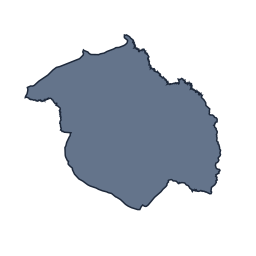 Nong Bua Daeng, Chaiyaphum, Thailand (Robinson projection), rotated 161°
{"feature_id": "78962969B31038405940383", "entity_name": "Nong Bua Daeng", "entity_type": "district", "adm_level": 2, "iso_a3": "THA", "parent_name": "Thailand", "parent_adm1": "Chaiyaphum", "projection": "robinson", "projection_center": [101.608, 16.203], "detail": "fine", "context": "isolated", "style": "filled", "palette": "slate", "viewbox_px": 256, "rotation_deg": 161, "n_neighbors": 0, "source": "geoboundaries", "source_scale": "gbopen_adm2", "svg_char_len": 5697}
<svg xmlns="http://www.w3.org/2000/svg" viewBox="0 0 256 256"><g transform="rotate(161 128 128)"><path d="M151.2,209.3L172.4,208.3L176.0,208.6L180.0,207.3L186.6,204.1L197.1,201.3L202.8,198.8L204.7,198.7L206.3,199.4L210.0,199.1L210.1,197.1L210.8,195.6L212.3,193.2L214.6,191.2L215.2,190.2L213.7,190.1L212.0,188.5L211.9,187.7L211.0,186.7L210.6,186.8L210.5,186.5L209.4,186.1L207.9,184.9L206.9,184.9L206.0,184.1L206.0,183.6L205.6,183.6L205.1,183.0L204.2,182.8L203.6,183.4L202.7,183.2L202.2,182.5L201.8,182.8L201.7,182.2L201.2,182.3L200.8,181.4L200.6,181.6L199.8,181.0L198.2,181.4L198.0,181.7L197.9,181.3L197.8,181.6L196.8,181.2L196.3,181.8L195.9,181.6L195.6,182.2L195.6,181.7L194.7,181.3L194.3,181.5L194.3,181.8L193.8,181.6L193.5,182.1L192.5,181.4L191.6,181.3L190.8,180.5L190.6,179.4L190.0,178.9L189.8,177.2L188.9,174.7L187.4,174.6L187.5,173.8L188.6,173.0L187.2,171.6L185.7,169.0L185.8,167.9L186.9,167.1L186.6,166.9L187.0,166.4L186.9,165.7L187.2,165.9L187.4,165.4L186.6,164.9L186.9,164.2L187.3,164.1L187.7,163.5L187.5,162.6L187.6,162.3L187.9,162.5L187.8,161.3L188.2,161.2L188.1,160.9L188.3,160.8L187.9,160.0L188.4,159.4L188.8,157.3L189.8,156.7L191.0,154.6L190.6,154.1L191.4,150.8L191.2,149.6L192.4,148.0L191.8,147.7L191.4,146.1L190.4,145.9L189.7,144.8L183.5,142.1L184.5,141.2L185.1,139.7L186.6,138.5L190.7,134.3L192.5,131.4L194.0,130.0L196.2,122.7L196.4,121.1L195.9,116.7L195.1,115.9L196.1,114.2L196.3,113.1L195.1,110.5L193.9,108.6L193.7,108.0L194.1,106.7L193.6,101.8L191.0,95.8L188.0,92.5L184.6,87.5L182.8,85.6L177.6,81.6L175.8,79.6L172.5,76.9L169.0,74.6L167.7,73.3L164.9,71.5L162.1,66.9L161.3,66.3L158.4,62.8L155.2,56.6L153.3,54.1L150.6,51.5L145.4,47.7L143.4,47.0L141.1,49.3L139.2,50.4L137.9,48.7L136.8,48.1L136.0,48.0L133.9,48.7L125.5,53.8L117.6,57.0L114.9,58.7L111.2,60.3L109.8,61.3L109.3,62.5L108.4,63.3L107.3,63.8L107.1,65.1L106.8,65.4L104.0,65.2L103.3,64.7L102.5,63.2L101.6,63.0L99.6,61.9L98.4,59.0L97.8,58.9L97.2,59.7L96.2,58.9L94.9,58.9L92.3,57.6L91.4,55.2L89.9,54.0L89.4,52.7L89.2,51.1L88.4,49.7L87.6,49.1L87.4,48.6L88.0,48.0L87.8,47.1L87.4,47.5L87.5,48.0L86.6,47.7L86.2,48.0L85.2,47.1L85.0,47.4L84.9,46.6L84.3,46.5L83.9,46.9L83.9,47.5L83.6,47.5L83.3,45.8L81.8,45.1L80.0,45.0L79.4,45.2L78.7,44.2L78.1,44.2L77.8,43.7L76.8,43.6L75.7,42.3L75.3,42.4L72.1,39.2L70.8,38.9L70.0,39.8L69.8,40.6L70.2,41.1L68.4,44.7L64.4,46.1L62.2,47.9L62.1,49.1L61.8,49.7L60.6,49.8L60.6,51.9L59.9,52.5L60.8,53.8L60.1,54.4L60.0,55.2L58.7,55.3L58.0,55.7L56.9,55.5L56.5,56.1L56.5,57.0L55.0,57.7L54.8,58.1L55.1,59.1L55.9,59.4L57.3,60.6L57.7,61.8L57.5,64.2L56.4,66.1L54.5,66.4L52.8,67.6L52.5,68.4L52.7,69.5L52.4,70.4L49.9,71.8L49.1,73.0L49.3,74.3L47.7,76.9L48.2,78.3L47.7,80.1L47.5,83.1L48.1,83.7L47.4,85.3L48.1,86.1L48.3,87.1L47.0,89.7L47.1,90.9L46.6,91.6L46.6,92.9L45.3,94.4L44.8,95.6L45.2,98.0L44.8,98.9L45.8,100.6L45.5,101.9L46.0,102.6L44.9,103.0L44.3,104.2L43.8,104.2L43.3,104.9L41.8,104.8L40.8,107.4L41.2,108.8L42.7,110.0L42.9,111.3L43.8,112.7L45.8,113.5L46.6,114.3L46.6,115.1L45.7,116.5L45.7,117.4L44.5,119.4L47.0,123.9L46.3,126.7L47.1,130.1L47.4,130.3L47.7,131.4L48.5,132.6L48.5,133.3L47.3,134.6L48.1,134.6L47.9,135.6L48.2,135.9L47.9,136.4L48.3,136.7L48.9,136.6L48.6,136.9L49.2,136.8L49.2,137.2L49.9,136.3L50.3,137.0L49.6,137.8L49.9,139.2L50.4,139.4L50.5,139.8L50.7,139.3L51.0,139.4L51.1,140.2L51.9,140.0L51.8,140.9L52.3,140.6L52.2,141.4L52.5,141.5L53.0,142.6L53.4,142.4L53.7,142.7L53.9,143.7L54.5,143.6L54.6,144.3L55.4,144.3L55.5,144.7L56.1,144.6L55.8,145.0L54.9,145.0L55.0,145.6L54.6,145.8L55.0,146.0L54.4,146.6L54.6,146.9L54.3,146.9L53.9,147.3L54.6,147.6L54.7,148.4L53.8,148.5L53.7,148.9L54.5,148.8L54.1,149.2L54.1,149.5L54.7,149.5L55.1,149.8L55.0,150.2L55.5,150.2L55.5,150.9L55.9,150.4L56.5,150.8L57.1,150.2L57.1,150.7L58.0,149.8L57.8,150.1L57.9,151.5L58.9,151.5L59.0,152.1L59.6,152.5L58.8,153.3L59.3,154.0L58.7,154.7L60.0,155.0L60.3,155.6L60.1,156.2L61.1,157.4L62.9,156.8L64.6,157.8L64.5,155.3L65.0,154.6L65.0,153.9L65.6,153.2L65.9,153.2L66.3,154.4L66.8,154.7L67.8,154.3L68.1,155.2L69.2,154.8L69.3,155.2L70.5,155.4L72.4,155.4L73.7,156.1L73.9,155.5L74.3,155.5L75.7,156.9L75.9,156.6L76.5,156.6L75.9,157.0L75.7,158.0L75.2,158.2L75.3,158.8L76.1,158.7L75.8,159.1L76.2,159.1L76.5,160.1L76.9,159.9L76.3,160.5L76.4,161.2L76.8,161.3L76.5,161.6L76.8,162.0L77.1,161.8L77.9,164.2L78.1,163.9L79.2,164.2L79.2,165.1L80.5,166.4L80.2,167.0L80.6,167.2L80.3,167.6L80.8,167.7L80.1,168.7L80.9,169.3L81.1,170.6L81.6,170.7L81.8,171.7L82.2,171.2L84.5,173.2L83.7,174.0L83.9,175.2L84.8,174.9L84.6,175.7L85.7,175.8L86.1,176.4L86.0,176.9L86.3,177.2L87.4,176.8L86.8,178.0L87.3,178.5L86.2,179.1L86.6,180.3L87.6,180.8L86.9,181.8L86.8,183.0L86.2,183.9L86.8,184.7L86.4,185.5L86.9,186.0L86.8,186.6L86.3,186.0L86.3,187.8L85.1,188.4L85.6,190.8L86.1,191.5L86.0,191.9L85.7,192.0L85.9,192.6L86.6,192.4L86.7,193.3L87.4,193.5L87.2,194.5L86.4,195.0L87.2,195.6L87.5,196.5L87.2,196.5L87.2,197.0L87.8,196.9L87.9,197.5L88.4,197.4L88.8,197.7L89.6,196.7L90.0,197.3L91.4,197.3L92.4,196.6L93.0,196.9L92.7,198.0L92.1,198.7L92.1,199.1L92.4,199.3L93.0,199.0L94.0,199.7L93.5,200.0L93.4,200.4L94.4,201.1L95.1,201.2L95.2,201.9L95.8,201.9L94.7,202.7L95.2,203.3L94.5,203.7L94.8,204.0L94.4,204.4L95.1,205.4L94.8,205.8L95.1,206.4L94.6,206.4L94.8,206.8L94.5,207.0L95.0,207.3L94.8,207.7L95.1,207.7L94.9,207.9L95.0,208.5L94.5,208.8L94.6,209.7L95.2,210.2L95.5,211.2L96.1,211.7L96.8,213.8L99.1,216.5L100.3,216.5L101.1,217.1L101.9,215.2L101.9,214.4L99.9,211.1L100.0,210.5L101.0,209.0L101.7,208.4L103.7,207.6L105.2,207.3L110.2,207.1L113.2,207.9L115.8,207.4L123.0,207.2L126.1,206.6L130.0,207.1L131.8,206.9L139.2,209.6L140.6,211.3L141.2,212.9L144.2,215.5L144.7,216.3L146.0,214.6L145.8,213.1L146.7,211.5L151.2,209.3Z" fill="#64748b" stroke="#1e293b" stroke-width="1.5"/></g></svg>